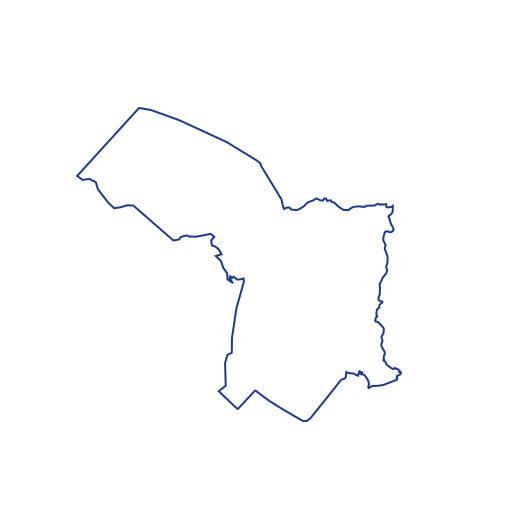 South Kazakhstan, Albers equal-area conic projection, rotated 311°
{"feature_id": "KAZ-3251", "entity_name": "South Kazakhstan", "entity_type": "Region", "adm_level": 1, "iso_a3": "KAZ", "parent_name": "Kazakhstan", "parent_adm1": "", "projection": "albers", "projection_center": [68.818, 43.271], "detail": "fine", "context": "isolated", "style": "outline", "palette": "blue", "viewbox_px": 512, "rotation_deg": 311, "n_neighbors": 0, "source": "natural_earth", "source_scale": "10m", "svg_char_len": 5595}
<svg xmlns="http://www.w3.org/2000/svg" viewBox="0 0 512 512"><g transform="rotate(311 256 256)"><path d="M380.5,320.1L379.2,321.3L378.6,322.4L379.0,323.4L381.0,325.4L382.1,326.0L383.6,326.3L381.9,327.8L380.2,329.2L379.3,329.8L378.3,330.3L377.3,330.5L376.4,330.6L375.2,330.3L374.0,330.0L373.3,330.0L372.7,330.1L372.4,330.6L372.0,331.1L371.8,331.8L371.6,332.4L371.3,332.9L371.1,333.4L370.4,334.2L369.7,335.1L369.1,336.3L368.5,337.4L368.1,338.7L367.6,340.0L367.1,341.0L366.6,342.1L365.8,342.5L365.0,342.9L364.4,342.8L363.7,342.7L363.2,342.5L362.6,342.3L362.2,341.9L361.8,341.5L361.6,340.9L361.4,340.2L361.3,339.8L361.0,339.3L360.6,338.9L360.2,338.4L359.7,338.1L359.2,337.7L358.9,337.7L358.5,337.6L356.0,338.8L353.5,339.9L352.4,340.9L351.3,341.9L350.7,343.3L350.1,344.7L349.9,345.4L349.7,346.0L349.4,346.3L349.1,346.7L348.6,347.0L348.2,347.2L347.8,347.4L347.3,347.5L346.8,347.8L346.4,348.1L346.0,348.5L345.7,348.9L344.0,351.9L342.3,355.0L341.6,355.8L341.0,356.6L338.8,358.2L336.7,359.9L335.3,360.4L333.8,361.0L333.4,361.3L333.0,361.6L332.7,362.2L332.3,362.7L331.5,363.7L330.8,364.6L329.7,365.1L328.6,365.6L325.7,365.7L322.8,365.9L319.3,366.9L315.8,367.9L315.4,368.2L314.9,368.6L314.2,369.5L313.5,370.3L310.8,372.5L308.2,374.6L306.7,375.1L305.2,375.6L304.6,376.1L303.9,376.6L303.5,377.5L303.2,378.4L303.3,378.8L303.4,379.1L303.8,379.9L304.3,380.7L304.3,381.1L304.3,381.5L304.0,381.6L303.7,381.8L302.2,381.5L300.6,381.3L300.2,381.4L299.8,381.5L298.8,382.1L297.8,382.8L297.5,382.9L297.1,382.9L296.3,382.6L295.5,382.4L295.1,382.5L294.7,382.5L293.3,383.5L291.8,384.4L291.2,385.0L290.6,385.6L290.3,386.4L290.0,387.1L289.6,386.9L289.1,386.7L288.6,386.9L288.1,387.0L286.9,387.6L285.7,388.2L285.5,388.4L285.3,388.6L285.1,388.8L285.0,389.1L285.1,389.4L285.2,389.6L285.4,390.0L285.6,390.3L285.8,390.4L286.0,390.6L286.1,391.1L286.2,391.5L286.2,392.1L286.2,392.7L285.8,396.0L285.4,399.3L285.2,399.7L285.0,400.1L284.6,400.5L284.1,401.0L283.2,401.6L282.3,402.2L281.4,402.7L280.4,403.2L279.3,403.3L278.2,403.5L277.6,403.6L277.1,403.8L276.8,404.3L276.4,404.7L275.8,405.8L275.1,407.0L273.3,407.8L271.5,408.6L270.8,409.4L270.1,410.2L269.1,413.0L268.1,415.8L267.6,416.4L267.1,417.1L265.5,417.8L265.0,418.0L263.8,418.5L263.1,419.0L262.4,419.5L262.1,420.3L261.8,421.1L261.7,421.1L261.3,420.9L261.1,420.8L260.9,420.7L260.8,421.0L260.8,421.4L260.9,422.2L260.9,423.0L260.9,423.3L260.9,423.7L260.7,424.0L260.5,424.4L260.4,424.6L260.2,424.7L260.0,424.9L259.9,425.0L259.8,425.6L259.7,426.1L259.9,429.0L260.2,432.0L260.4,432.6L260.5,433.3L260.8,433.5L261.0,433.8L261.2,434.0L261.5,434.1L262.2,434.3L262.8,434.4L262.8,434.9L262.8,435.3L262.9,435.7L263.0,436.2L263.1,436.6L263.3,437.0L263.5,437.4L263.8,437.8L263.7,438.1L263.7,438.3L263.0,439.4L262.4,440.4L262.9,440.7L263.4,440.9L263.2,441.4L263.1,441.9L262.5,442.2L261.9,442.5L261.2,442.4L260.5,442.3L259.5,441.8L258.4,441.3L258.1,441.2L257.8,441.1L257.5,441.3L257.3,441.5L257.2,441.8L257.0,442.1L256.8,442.3L256.6,442.6L256.2,442.5L255.8,442.5L255.5,442.9L255.2,443.2L255.1,443.4L255.0,443.5L248.8,440.2L244.7,438.0L242.5,436.9L240.8,435.5L239.0,434.1L236.6,431.7L234.2,429.2L233.4,428.8L232.6,428.3L231.6,428.1L230.6,427.8L230.4,427.7L230.2,427.6L230.3,427.3L230.4,427.0L230.6,426.8L230.9,426.6L231.8,426.2L232.7,425.8L233.2,425.4L233.6,425.1L234.0,424.7L234.4,424.2L234.7,423.8L235.0,423.3L235.4,422.4L235.8,421.5L236.2,420.4L236.6,419.3L236.9,418.1L237.1,416.9L237.2,415.9L237.2,414.9L237.0,414.5L236.7,414.1L236.6,413.9L236.3,413.7L236.1,413.5L236.3,413.4L236.5,413.3L237.1,412.9L237.7,412.4L237.3,412.2L237.1,412.1L237.2,411.8L237.2,411.5L237.2,411.4L237.1,410.6L237.0,409.8L236.5,409.9L235.9,409.9L235.5,410.7L235.2,411.5L234.9,411.1L234.6,410.8L234.3,410.7L234.0,410.7L233.6,410.8L233.3,411.0L233.0,411.2L232.7,411.5L232.3,410.9L232.0,410.3L231.8,409.0L231.6,407.6L231.3,407.0L231.1,406.4L229.9,404.9L228.8,403.3L228.6,402.9L228.4,402.5L228.3,402.4L228.0,401.4L227.7,400.4L227.0,400.9L226.3,401.3L224.8,402.3L223.3,403.3L222.8,403.4L222.3,403.4L221.7,403.2L221.1,403.0L220.0,402.4L218.9,401.8L218.3,401.6L217.7,401.5L211.0,401.8L204.2,402.1L199.9,402.3L193.2,402.6L187.6,402.8L180.0,403.1L174.8,403.3L168.7,403.5L166.6,402.9L165.8,402.7L164.5,402.3L163.3,400.8L162.2,399.4L160.2,389.0L158.2,378.7L156.8,370.1L155.4,361.4L154.7,352.6L154.1,343.8L153.9,343.7L153.6,343.6L153.3,343.5L153.1,343.5L152.9,343.5L152.7,343.5L146.4,343.3L140.8,343.1L135.1,342.9L128.9,342.7L128.7,342.5L128.4,342.3L128.4,342.0L128.4,341.6L129.0,328.0L129.5,316.6L134.3,317.5L138.3,318.2L154.8,303.0L162.6,299.3L167.1,301.2L178.3,291.7L203.4,275.7L228.4,263.8L230.9,261.4L229.4,260.5L225.9,257.5L225.7,252.6L223.7,252.4L223.8,249.8L221.9,250.7L220.4,256.4L219.7,249.7L224.1,245.5L225.5,239.3L229.2,232.9L229.6,225.7L234.7,228.8L236.7,223.3L236.3,218.6L235.0,215.9L238.4,211.9L243.0,211.9L243.0,207.3L231.4,198.3L226.7,192.5L226.2,190.4L223.3,188.2L220.3,186.7L218.2,187.2L213.5,183.5L213.6,130.4L209.9,125.6L203.5,121.5L199.0,117.5L199.3,109.3L202.7,92.8L206.6,86.7L204.8,79.5L199.6,75.2L199.1,68.5L290.9,70.6L297.1,80.6L308.0,108.6L322.7,159.0L328.5,193.3L328.8,198.6L327.2,201.1L315.5,237.9L311.0,244.2L309.9,246.4L312.6,247.4L314.4,249.2L314.2,252.1L317.3,256.6L319.4,257.7L324.8,259.5L329.1,259.7L331.5,260.4L335.0,262.5L339.1,263.8L340.3,268.3L342.0,270.2L344.0,269.8L345.4,271.3L344.3,273.6L347.1,275.8L346.5,277.7L347.7,280.2L347.3,285.3L348.0,291.3L350.9,295.4L354.6,296.4L356.8,297.2L360.2,300.2L362.5,303.2L364.0,305.6L366.5,306.5L371.8,312.3L375.6,313.8L375.9,315.8L377.3,316.6L377.5,317.5L380.2,320.0L380.4,320.0L380.5,320.1Z" fill="none" stroke="#1e3a8a" stroke-width="2"/></g></svg>